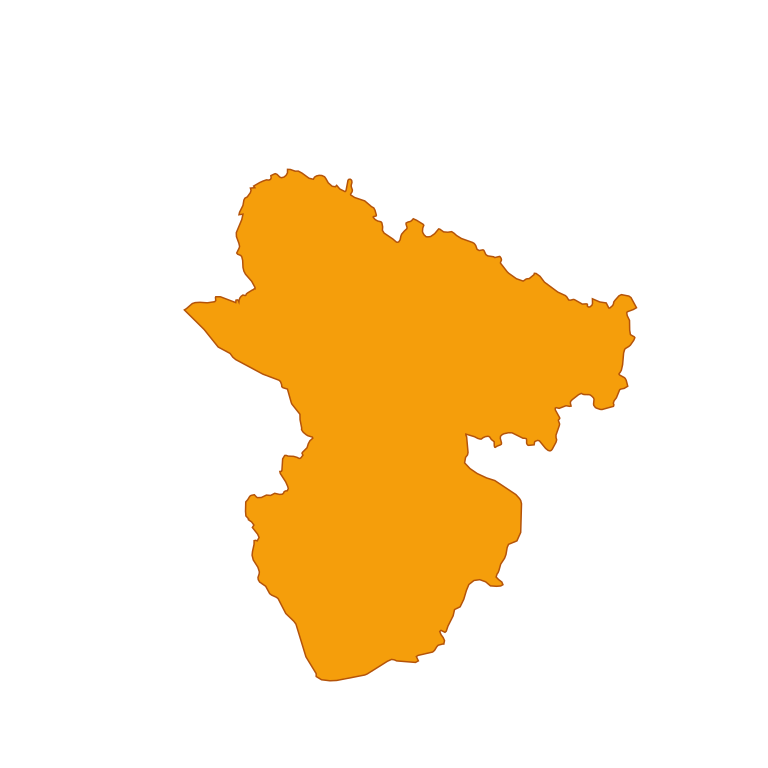 map outline of Rheinland-Pfalz (Robinson projection), rotated 49°
{"feature_id": "DEU-1580", "entity_name": "Rheinland-Pfalz", "entity_type": "State", "adm_level": 1, "iso_a3": "DEU", "parent_name": "Germany", "parent_adm1": "", "projection": "robinson", "projection_center": [7.376, 49.945], "detail": "fine", "context": "isolated", "style": "filled", "palette": "amber", "viewbox_px": 768, "rotation_deg": 49, "n_neighbors": 0, "source": "natural_earth", "source_scale": "10m", "svg_char_len": 6170}
<svg xmlns="http://www.w3.org/2000/svg" viewBox="0 0 768 768"><g transform="rotate(49 384 384)"><path d="M151.1,352.7L149.1,352.5L150.4,345.7L151.4,342.3L152.8,338.8L154.6,337.1L155.1,335.5L154.5,334.0L152.5,332.7L153.6,328.8L154.0,328.0L155.6,327.2L159.5,326.9L161.0,326.1L162.2,323.8L162.3,321.1L161.3,318.3L158.7,316.0L160.7,313.9L165.1,311.4L167.1,309.0L171.1,307.5L179.5,305.6L183.1,303.0L182.3,300.8L182.7,298.4L184.0,296.0L185.9,294.1L188.6,292.9L190.8,293.1L195.6,294.1L200.8,293.4L203.2,291.3L203.0,289.4L207.9,289.4L213.2,287.2L213.3,286.5L212.9,285.5L206.6,277.5L206.5,276.2L207.3,275.1L208.6,274.8L209.5,275.0L210.9,276.0L212.5,278.4L213.7,279.3L216.9,280.6L218.0,282.0L218.8,284.7L219.5,285.1L224.0,283.8L233.2,278.4L241.9,277.1L244.4,276.2L247.0,276.8L251.6,279.0L252.0,279.8L250.7,282.2L251.0,282.7L252.1,282.8L254.1,282.8L256.9,281.8L259.5,279.9L261.0,279.9L264.5,281.9L267.0,284.4L270.2,284.9L280.3,282.2L285.2,281.5L286.1,280.6L286.4,279.6L285.8,277.3L283.5,274.3L282.5,272.4L281.9,268.3L281.8,264.9L281.0,263.9L277.8,262.5L277.0,261.7L277.5,259.6L278.6,257.5L278.8,256.1L278.5,253.5L281.7,252.0L289.1,249.7L290.3,249.8L291.7,252.4L294.0,254.8L295.2,255.4L297.8,255.9L300.5,255.6L301.9,254.2L303.3,252.0L303.8,247.2L302.8,241.0L303.7,240.3L308.3,239.2L311.3,236.3L313.4,233.0L316.2,232.2L319.6,231.8L325.0,230.1L335.3,224.3L337.2,223.7L339.6,223.9L343.4,225.4L345.7,224.6L347.6,221.4L348.2,221.0L348.9,221.0L353.1,222.2L355.3,221.7L359.9,217.8L361.3,217.4L363.5,213.1L363.9,212.9L365.8,213.1L367.1,213.7L367.7,214.3L368.5,216.1L369.2,216.8L380.1,217.4L382.3,217.2L391.4,215.0L397.4,211.6L397.7,211.2L398.0,208.0L398.5,206.9L399.7,205.3L399.9,199.1L399.1,197.9L400.4,196.7L405.1,195.6L412.4,196.1L428.7,192.5L436.3,189.1L438.2,188.9L441.7,189.5L443.0,188.4L444.4,185.6L445.3,184.9L453.8,181.9L456.2,178.8L456.8,178.3L457.3,178.2L458.6,179.4L459.6,179.3L460.4,178.9L461.0,177.7L460.9,175.2L460.0,173.8L456.4,170.8L463.7,167.3L468.6,163.1L473.8,164.4L474.3,164.4L474.8,163.7L474.8,159.9L473.9,158.0L472.9,156.9L472.4,154.9L471.6,148.9L472.3,146.2L478.3,141.5L480.8,140.9L492.1,143.4L491.4,146.9L489.3,152.5L489.2,153.3L489.5,154.1L492.0,155.6L497.1,157.0L504.6,163.3L508.2,165.5L509.5,165.3L512.5,164.2L513.6,164.3L514.8,166.7L516.3,172.5L516.3,174.6L515.6,178.6L515.8,179.7L517.8,182.8L526.0,191.3L529.3,195.8L530.1,198.0L530.4,199.8L531.0,200.3L532.0,200.2L536.9,198.4L538.0,198.3L540.2,198.8L545.6,201.5L544.9,205.6L543.3,208.4L542.9,209.8L546.9,217.7L547.6,221.3L548.9,223.5L550.6,224.2L551.4,225.5L546.3,236.2L545.0,237.5L541.9,239.3L540.5,239.9L537.8,239.7L536.6,239.0L533.3,235.5L531.8,235.0L529.9,235.1L527.7,235.5L526.6,236.2L523.7,239.4L522.6,240.4L520.5,241.3L519.7,244.2L519.3,252.2L519.6,254.7L520.7,255.9L523.4,257.3L522.7,258.5L519.8,260.9L517.3,267.8L514.9,269.5L514.6,270.6L515.9,271.7L524.8,273.6L525.4,274.1L525.6,275.9L526.0,276.4L529.4,277.7L530.4,279.0L535.4,287.7L537.3,289.3L539.4,290.3L540.8,292.4L543.6,299.8L543.8,301.3L543.4,302.6L541.8,303.7L538.6,304.3L528.8,304.0L527.3,305.1L526.4,307.7L526.5,308.3L528.4,310.6L525.2,315.1L524.4,315.6L523.0,315.5L522.1,315.1L519.6,312.9L518.6,312.5L517.3,313.4L516.1,314.7L504.8,319.4L502.4,322.1L500.1,326.4L499.7,328.6L499.9,330.4L501.3,331.9L505.6,334.0L506.4,334.9L506.3,336.1L505.1,339.4L504.8,341.6L504.3,341.9L503.1,341.4L499.8,338.7L496.3,339.4L493.5,339.0L492.6,339.2L491.6,339.9L490.2,342.1L489.5,344.5L489.4,346.7L488.6,347.6L486.6,348.9L483.1,350.3L475.5,355.1L476.2,355.7L478.1,356.3L490.8,365.5L492.3,367.5L492.9,370.6L496.4,374.9L504.2,374.6L512.7,372.4L522.0,368.3L529.6,363.7L554.0,357.0L559.3,356.9L561.7,357.3L564.6,358.8L585.7,378.2L589.6,386.6L586.7,395.2L588.2,398.3L592.7,403.8L594.6,407.3L596.5,414.1L600.2,419.7L601.2,421.7L601.6,423.4L603.2,426.0L606.8,425.8L610.8,425.0L613.5,425.9L613.0,428.4L610.5,431.8L606.2,436.1L599.9,437.1L594.5,440.1L591.3,445.0L591.0,451.5L593.9,457.3L598.8,465.0L602.1,472.7L600.5,478.7L604.3,483.9L608.7,494.6L611.4,499.2L611.4,500.9L607.3,502.6L607.3,504.3L610.6,505.4L614.2,505.7L617.4,506.7L619.5,509.5L618.9,510.0L616.7,514.5L616.9,516.5L618.2,520.6L618.2,523.1L611.2,536.3L610.9,538.4L615.5,539.7L614.8,542.9L601.3,556.1L598.9,557.2L596.8,559.0L595.5,563.3L591.8,587.0L591.0,589.4L576.7,614.2L572.5,619.5L566.2,625.2L560.3,627.1L558.1,625.2L538.7,621.9L507.5,608.0L504.0,607.7L492.8,608.7L476.4,604.7L474.2,605.2L469.6,607.3L467.2,607.8L459.0,606.0L451.9,607.8L449.2,607.3L447.3,606.0L445.4,602.8L444.0,601.3L439.6,599.4L431.0,598.1L426.7,595.9L424.2,593.2L419.7,587.2L417.0,584.8L417.8,583.4L419.2,582.6L417.9,579.0L414.4,577.9L405.9,577.5L405.1,574.7L401.2,574.4L397.4,575.4L397.0,574.7L393.0,574.8L389.3,572.1L382.3,565.7L381.9,562.7L380.8,559.3L380.7,558.1L381.1,557.0L382.5,554.5L385.7,554.4L386.7,554.1L389.2,551.0L390.7,545.6L393.7,542.7L394.8,538.2L398.8,535.3L400.5,533.0L400.4,531.2L399.8,530.2L400.0,528.7L401.1,527.0L400.1,524.8L398.2,523.9L393.4,522.4L383.6,521.0L381.7,520.0L382.6,518.7L382.1,517.6L374.0,509.6L372.8,505.8L373.8,504.6L375.5,503.7L379.3,499.7L382.4,497.7L384.5,496.9L385.1,496.0L385.2,494.8L384.5,491.8L382.6,491.4L382.1,490.6L381.6,483.9L379.4,480.3L378.2,477.1L378.2,473.3L377.7,473.1L377.1,472.9L373.1,475.4L371.2,476.0L367.6,476.6L365.5,476.4L364.3,476.1L363.2,475.0L355.9,470.8L351.7,467.3L338.8,466.7L337.4,466.3L324.5,460.2L320.5,462.7L319.0,462.9L317.3,461.7L314.7,460.7L313.4,460.6L312.2,460.8L297.2,468.9L268.3,479.9L264.6,480.5L260.0,480.1L247.3,484.9L224.8,484.0L197.1,486.1L197.5,483.7L197.5,475.9L198.7,473.1L201.6,469.3L206.8,464.1L210.8,457.8L210.6,456.2L208.2,454.5L207.8,453.7L210.9,450.2L225.3,442.5L223.6,440.7L224.3,439.5L225.2,439.1L226.9,439.7L225.5,438.1L224.5,436.3L224.1,434.3L224.3,432.1L226.2,430.7L226.3,429.8L225.7,428.7L225.8,426.9L226.7,421.5L227.0,421.3L227.0,419.2L227.5,418.9L226.5,418.0L219.7,416.5L210.3,416.5L206.9,415.7L203.6,414.0L198.0,409.6L194.7,407.9L193.0,407.8L190.0,409.3L188.5,409.2L186.3,404.0L185.4,402.7L182.6,401.2L176.0,398.7L172.9,396.2L166.6,383.5L163.3,379.0L161.1,382.4L159.6,380.3L156.7,373.3L153.3,369.1L152.5,367.1L153.1,364.4L151.9,359.3L150.6,357.3L148.5,356.3L151.1,352.7Z" fill="#f59e0b" stroke="#b45309" stroke-width="1.5"/></g></svg>